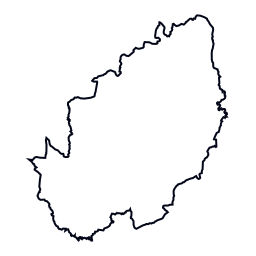 Trinidad García de la Cadena, Zacatecas, Mexico (Natural Earth projection)
{"feature_id": "50627088B14065346793117", "entity_name": "Trinidad García de la Cadena", "entity_type": "district", "adm_level": 2, "iso_a3": "MEX", "parent_name": "Mexico", "parent_adm1": "Zacatecas", "projection": "natural_earth1", "projection_center": [-103.511, 21.223], "detail": "fine", "context": "isolated", "style": "outline", "palette": "ink", "viewbox_px": 256, "rotation_deg": 0, "n_neighbors": 0, "source": "geoboundaries", "source_scale": "gbopen_adm2", "svg_char_len": 5758}
<svg xmlns="http://www.w3.org/2000/svg" viewBox="0 0 256 256"><path d="M167.8,212.2L167.0,211.3L164.6,209.6L164.3,208.7L163.0,207.8L163.1,206.7L163.4,206.0L164.4,205.5L168.2,205.5L169.7,204.8L172.6,204.6L172.4,202.3L173.4,199.9L173.5,197.2L174.2,195.7L173.7,194.5L173.6,191.0L174.4,188.9L176.6,185.7L177.5,185.4L177.8,184.6L178.6,184.2L181.9,183.3L183.2,182.2L184.0,182.2L186.1,180.3L190.5,178.6L192.8,178.1L196.1,176.0L197.4,178.2L198.4,178.9L199.1,178.9L200.1,178.1L200.2,177.4L199.4,174.6L199.9,173.7L201.8,173.1L201.8,171.0L202.6,169.1L202.9,161.6L204.3,160.4L204.8,158.9L205.8,157.9L206.8,157.5L208.3,155.1L208.2,153.2L207.3,151.2L209.5,147.7L211.4,147.2L212.4,146.6L213.9,146.6L214.6,145.9L215.9,147.0L216.4,146.6L216.1,139.7L214.0,139.3L214.6,137.4L216.7,132.9L218.7,132.0L219.6,128.7L219.5,127.8L220.9,125.3L220.8,124.2L221.6,121.7L222.1,121.3L221.1,120.7L221.6,119.5L223.5,117.1L224.6,117.3L225.0,117.8L225.6,116.8L226.6,116.7L225.5,115.5L225.9,114.8L226.9,114.4L227.0,114.0L226.7,113.0L226.2,112.6L224.8,113.0L224.3,112.1L225.2,110.4L225.2,109.8L224.8,109.1L223.8,108.9L222.2,109.7L221.4,108.3L220.6,108.7L219.4,110.2L218.7,110.0L218.3,108.9L218.4,108.3L219.9,106.4L220.2,105.2L219.5,104.6L217.6,104.7L217.0,103.4L217.1,102.8L217.9,102.2L218.7,102.6L219.5,102.5L220.9,101.3L221.5,99.9L222.8,99.8L224.3,98.8L225.0,98.1L225.4,96.1L224.7,95.7L224.9,94.7L224.3,93.8L225.0,93.1L224.8,91.7L224.0,91.2L222.6,92.1L222.3,89.9L221.3,89.7L220.7,88.8L219.9,88.6L219.5,85.7L218.7,85.1L218.7,84.6L219.4,83.2L219.0,77.8L220.1,76.9L219.5,76.6L219.7,76.1L218.9,75.4L218.3,74.0L218.2,72.9L218.6,72.0L217.6,70.3L217.6,69.4L213.8,67.8L213.3,66.6L213.1,62.7L212.4,62.0L211.8,59.6L211.7,52.9L212.1,49.9L212.6,49.0L213.6,43.8L212.9,41.6L213.0,40.2L212.4,39.8L212.1,38.3L212.2,37.5L212.8,36.9L212.2,34.4L213.2,29.9L212.9,27.7L210.1,24.4L208.2,20.9L207.2,19.8L207.0,18.7L204.2,17.1L200.0,15.6L196.9,15.4L195.8,16.6L195.1,18.8L193.7,18.5L193.0,19.9L192.3,19.8L191.5,18.7L189.9,18.8L186.5,21.9L186.0,22.0L185.7,22.8L183.8,24.6L181.4,23.9L179.1,25.4L176.4,26.1L175.0,25.2L173.6,23.8L172.8,24.1L172.5,27.0L171.8,28.0L172.3,29.4L172.1,30.0L171.2,31.5L170.3,32.0L170.7,33.9L170.1,34.2L169.2,36.2L168.6,35.8L167.7,36.4L167.0,36.2L166.2,35.1L164.6,34.5L163.8,33.3L163.7,31.3L164.4,28.8L164.5,27.2L161.5,23.5L159.6,22.2L159.3,22.3L159.4,25.1L157.9,26.1L157.5,27.8L156.7,28.4L155.9,30.5L155.1,36.2L155.4,37.7L156.6,38.0L158.3,37.7L159.9,39.2L159.9,40.7L159.2,41.2L157.5,41.5L157.2,42.2L157.4,43.4L156.3,43.9L152.3,43.8L149.4,42.3L144.6,42.1L143.7,44.9L143.7,47.0L142.8,47.9L139.0,48.8L136.9,48.4L135.8,47.8L133.4,50.2L133.8,51.3L133.6,51.9L128.7,56.0L126.4,55.8L124.3,54.4L122.5,54.8L120.9,56.4L120.5,57.9L120.6,59.3L119.9,60.8L119.9,61.5L120.8,62.4L121.4,63.8L120.0,66.3L120.4,67.5L119.7,68.1L120.0,68.7L119.4,71.5L120.6,71.9L120.8,73.1L118.5,75.5L117.9,75.9L117.2,75.8L116.0,74.6L115.0,72.0L110.7,70.3L109.4,70.6L108.6,71.3L107.6,71.4L105.6,73.8L104.2,74.3L103.3,75.1L98.2,76.4L97.1,77.9L94.9,78.1L94.0,78.6L92.2,80.8L93.5,81.6L97.0,81.6L97.2,82.5L95.5,92.1L95.0,93.1L94.6,95.9L94.2,96.4L90.9,97.7L84.5,98.6L80.5,98.3L77.8,97.1L76.2,97.7L74.9,97.5L74.2,98.1L73.7,99.1L70.9,100.2L69.5,101.8L68.3,102.3L68.0,103.0L68.0,105.4L68.9,106.6L68.7,107.9L68.9,108.4L69.5,108.4L69.6,109.2L69.3,112.6L68.4,115.0L68.7,116.5L67.8,117.6L68.9,118.9L68.0,118.8L67.6,119.3L68.3,120.1L69.2,120.0L69.6,120.4L69.7,121.0L69.1,121.5L68.8,122.6L69.3,124.0L69.2,124.8L70.4,126.6L71.4,130.3L70.4,131.5L71.7,132.7L71.5,133.3L72.2,134.0L71.7,134.5L70.0,135.1L68.6,137.4L68.8,140.5L69.7,142.3L69.8,143.4L69.1,144.7L69.7,145.7L69.4,147.8L69.8,148.4L68.7,151.6L69.3,152.6L69.3,153.0L68.1,154.5L68.6,156.1L68.0,156.9L65.5,157.1L64.1,156.6L63.6,156.1L63.6,154.6L63.2,153.8L61.7,153.9L60.6,153.4L57.9,150.4L55.2,149.4L52.1,146.7L50.6,145.9L49.7,144.0L49.1,140.5L46.4,137.9L45.9,140.6L46.5,144.8L46.4,152.1L46.1,152.7L46.3,153.7L45.7,154.7L45.3,157.9L40.1,157.7L36.6,157.0L35.4,157.2L34.3,158.0L32.6,160.0L29.0,159.5L32.3,162.3L32.8,163.6L34.2,164.2L34.5,165.8L36.5,167.4L34.9,168.4L34.6,169.7L38.1,172.2L40.7,174.8L39.9,179.8L39.3,186.6L40.3,189.6L39.6,191.0L39.7,192.1L38.9,192.3L37.5,195.8L38.7,198.6L40.4,199.8L44.5,199.6L45.1,200.8L47.1,201.3L49.1,203.5L49.5,204.3L49.0,205.3L49.6,207.5L50.3,207.7L50.8,209.4L52.1,210.4L52.8,212.0L52.9,213.5L51.4,214.1L51.8,215.3L53.5,216.1L53.1,218.5L53.7,220.9L54.4,221.6L54.4,222.6L55.4,224.6L56.6,226.1L57.8,226.5L58.2,227.9L59.3,229.1L59.9,228.9L61.8,229.7L63.0,228.6L65.7,228.7L65.3,230.7L67.1,229.4L68.2,229.3L69.1,232.1L70.8,233.6L71.0,235.5L71.6,235.9L72.1,235.3L74.0,236.3L74.8,235.3L74.7,236.7L76.2,237.5L78.5,240.5L78.8,240.3L78.7,237.8L79.1,237.8L79.4,238.3L79.7,238.2L80.3,236.2L80.4,237.7L81.2,238.8L81.9,239.2L82.1,238.7L81.8,237.6L82.3,237.4L83.3,238.3L84.9,237.8L86.5,238.9L87.1,238.0L88.3,238.8L88.5,237.6L89.0,237.2L89.6,237.5L89.6,238.8L90.2,239.7L90.9,239.6L91.4,240.6L92.1,240.5L91.4,236.1L92.7,235.3L92.8,234.0L94.7,233.5L95.1,231.7L96.5,231.7L97.8,231.1L98.3,229.7L103.4,230.4L104.3,228.5L107.6,227.2L109.7,225.7L110.4,223.8L111.8,222.3L112.9,222.6L113.4,222.1L113.5,221.6L113.1,221.2L111.7,221.0L111.4,220.6L111.6,220.0L111.3,219.6L111.3,218.4L110.4,217.4L111.9,213.7L113.7,213.8L115.1,214.5L116.8,213.0L117.0,213.3L119.3,213.2L121.1,213.6L121.5,214.2L122.3,213.9L122.5,213.3L122.8,213.3L123.3,214.0L124.3,213.5L125.2,212.3L125.8,212.3L126.1,211.4L127.0,210.8L129.4,210.5L130.2,209.2L130.5,210.7L131.5,212.1L131.4,215.8L130.8,217.2L130.9,218.2L132.0,218.7L133.5,221.1L133.6,225.0L134.5,227.5L135.0,228.1L136.4,228.8L142.8,225.4L145.5,224.6L146.2,224.0L148.3,224.1L149.7,223.2L151.6,223.5L152.3,222.9L153.9,222.8L155.2,221.4L155.9,221.3L157.3,220.3L161.9,218.7L162.6,218.2L164.9,214.4L167.8,212.2Z" fill="none" stroke="#020617" stroke-width="2"/></svg>